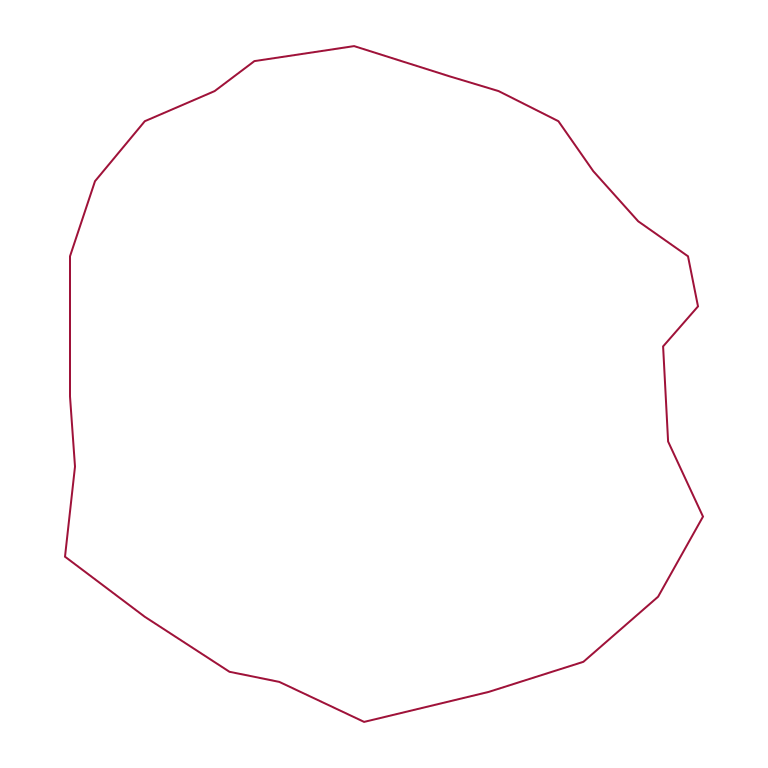 Trimithi, Cyprus
{"feature_id": "46923920B99382767312259", "entity_name": "Trimithi", "entity_type": "district", "adm_level": 2, "iso_a3": "CYP", "parent_name": "Cyprus", "parent_adm1": "", "projection": "orthographic", "projection_center": [33.257, 35.336], "detail": "fine", "context": "isolated", "style": "outline", "palette": "rose", "viewbox_px": 768, "rotation_deg": 0, "n_neighbors": 0, "source": "geoboundaries", "source_scale": "gbopen_adm2", "svg_char_len": 440}
<svg xmlns="http://www.w3.org/2000/svg" viewBox="0 0 768 768"><path d="M65.0,556.7L144.8,616.8L229.5,671.8L279.3,681.9L364.1,721.9L488.7,691.9L583.4,661.8L658.1,596.7L703.0,516.6L668.1,441.5L663.1,346.4L698.0,306.4L688.0,256.3L638.2,221.3L593.3,171.2L558.4,121.2L498.6,91.1L448.8,76.1L354.1,46.1L254.4,61.1L214.6,91.1L144.8,121.2L95.0,181.2L70.0,256.3L70.0,396.5L75.0,466.6L65.0,556.7Z" fill="none" stroke="#9f1239" stroke-width="2"/></svg>